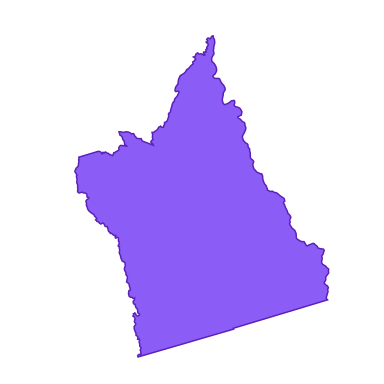 the district of Rondolândia, Mato Grosso, Brazil, rotated 343°
{"feature_id": "56859067B82212830929298", "entity_name": "Rondolândia", "entity_type": "district", "adm_level": 2, "iso_a3": "BRA", "parent_name": "Brazil", "parent_adm1": "Mato Grosso", "projection": "natural_earth1", "projection_center": [-60.996, -10.314], "detail": "fine", "context": "isolated", "style": "filled", "palette": "violet", "viewbox_px": 384, "rotation_deg": 343, "n_neighbors": 0, "source": "geoboundaries", "source_scale": "gbopen_adm2", "svg_char_len": 5982}
<svg xmlns="http://www.w3.org/2000/svg" viewBox="0 0 384 384"><g transform="rotate(343 192 192)"><path d="M191.8,335.3L191.8,334.4L290.1,334.8L289.3,333.0L289.6,332.1L292.9,327.1L293.2,325.7L293.2,324.9L293.5,324.2L294.2,323.8L294.5,323.1L293.8,320.9L293.0,320.5L291.7,317.5L293.9,315.6L294.6,314.2L294.6,313.4L295.5,312.0L298.9,309.5L299.2,308.9L299.3,307.6L300.1,305.9L299.9,305.1L299.2,304.4L298.0,301.7L295.8,299.5L295.3,297.9L295.8,295.8L296.5,295.0L297.3,292.9L297.3,291.1L299.1,289.9L300.1,288.5L300.4,287.6L301.3,286.9L301.1,285.1L298.3,283.8L296.0,282.3L295.8,280.4L294.7,279.0L293.7,277.0L292.8,276.5L287.7,276.9L286.7,277.3L285.7,276.6L284.7,272.3L281.7,271.1L278.6,267.5L278.4,266.8L278.6,265.3L279.4,262.3L279.1,258.9L277.1,255.7L275.9,251.1L276.1,250.5L276.9,250.0L277.4,247.0L277.7,246.5L278.9,245.6L279.2,244.8L278.8,242.8L277.6,240.5L277.5,238.0L276.8,233.5L276.8,231.6L276.3,229.0L277.1,228.2L278.0,227.9L278.2,227.0L278.2,225.1L274.6,220.6L273.6,218.7L272.4,217.4L270.4,216.3L269.3,214.9L268.6,214.6L267.3,214.6L264.7,212.2L264.9,210.8L264.7,207.4L263.9,205.9L263.5,203.9L263.5,200.0L264.2,197.4L264.1,195.4L263.8,194.9L263.1,194.8L259.8,191.9L258.0,187.8L258.0,184.6L258.3,183.1L259.6,181.6L259.9,180.9L259.9,180.3L258.9,178.5L258.1,177.5L257.9,176.0L259.2,171.5L259.2,169.3L259.7,167.9L259.6,167.2L258.8,165.5L259.3,163.4L259.1,162.4L258.7,161.7L257.7,160.8L256.2,157.7L256.2,154.3L256.8,153.0L259.3,150.7L261.8,147.6L262.3,146.0L262.1,143.7L262.6,141.8L262.4,140.9L260.7,139.2L259.4,136.3L257.8,134.7L257.6,133.9L257.9,133.4L261.6,132.9L263.2,129.9L262.6,126.7L262.1,125.8L260.7,124.4L258.8,123.3L257.7,121.9L257.8,120.9L258.8,119.6L259.1,118.7L259.3,117.3L258.9,116.6L256.2,116.4L252.9,117.7L249.2,118.1L248.3,117.5L247.9,116.6L247.6,114.7L248.1,112.1L250.0,108.8L250.9,106.4L253.5,104.1L254.0,102.4L253.9,101.5L253.5,99.4L252.0,95.9L251.5,92.1L251.0,91.4L249.4,90.7L247.6,90.3L246.7,89.7L245.9,88.3L245.8,87.4L247.0,86.5L248.6,85.9L250.6,83.8L251.3,82.3L251.6,79.7L251.1,76.6L250.1,74.2L249.1,72.8L249.9,69.8L251.2,68.3L253.3,66.5L253.6,65.6L253.8,62.9L254.9,60.8L255.1,59.9L257.4,56.0L258.0,52.9L257.6,50.6L258.0,49.0L257.4,48.7L256.7,48.8L255.5,49.6L255.0,50.6L254.5,50.9L252.4,49.4L251.4,49.8L250.6,50.5L251.2,51.8L251.0,52.5L250.4,53.0L249.9,52.7L249.4,52.7L249.5,53.5L250.3,54.4L250.7,55.2L250.5,56.1L248.5,57.9L248.1,58.8L248.3,59.4L246.8,59.9L246.8,61.5L246.2,61.7L246.0,62.4L245.1,62.1L244.3,61.5L243.7,62.2L244.4,64.3L244.2,64.9L243.3,64.7L241.8,62.9L241.2,62.5L239.0,62.2L238.5,61.0L237.8,60.6L235.9,61.4L235.2,62.6L234.5,63.2L232.8,63.3L234.4,65.3L234.3,66.0L233.9,66.5L233.1,66.6L232.7,67.3L231.0,67.7L230.5,68.4L230.7,69.8L228.3,70.7L224.8,72.9L222.5,73.5L221.4,74.9L219.3,76.1L214.8,77.3L214.2,77.8L213.5,79.0L212.8,79.3L211.2,82.0L210.9,83.3L210.4,83.8L209.8,85.0L209.3,85.4L208.6,85.5L207.5,86.6L206.7,87.4L205.5,89.7L205.4,90.5L205.8,91.2L206.6,91.4L208.3,91.5L208.8,92.1L208.7,92.9L205.5,96.3L203.2,97.5L202.1,98.8L201.6,100.2L200.2,100.6L199.5,101.6L198.7,102.3L198.1,103.6L195.5,107.5L195.2,108.5L194.4,109.3L192.5,110.1L191.7,113.1L189.9,115.6L188.7,116.9L188.1,117.3L186.2,117.4L185.7,118.2L185.5,119.4L184.3,120.4L183.5,121.8L182.0,121.3L181.2,119.8L180.2,120.2L179.0,120.3L178.3,121.3L175.8,122.9L174.3,123.1L172.9,123.8L171.2,123.3L171.1,125.6L170.1,128.1L170.0,130.5L168.5,130.9L167.6,131.5L167.2,132.5L168.5,134.5L168.7,136.0L159.6,128.9L159.2,128.3L159.1,126.2L155.8,125.0L154.9,124.4L154.4,123.6L154.3,122.6L153.6,121.6L153.3,119.2L152.8,118.9L151.2,118.8L149.6,116.7L148.0,115.7L146.3,115.1L143.5,114.9L142.1,113.9L139.8,113.0L139.7,116.5L140.9,117.9L141.3,118.9L141.2,121.5L142.0,123.6L141.5,127.4L142.7,128.3L142.9,128.9L137.6,126.6L136.7,126.8L136.0,127.2L134.9,128.3L134.5,130.0L134.0,130.6L130.4,131.4L129.7,131.9L128.7,131.5L128.3,132.2L127.8,132.6L127.3,133.6L126.7,133.9L125.5,133.0L125.1,132.5L124.3,132.1L123.1,130.4L122.3,130.2L121.1,128.5L120.2,128.7L119.8,128.5L119.2,129.0L118.7,128.2L118.2,128.0L117.2,129.2L116.7,128.6L116.5,127.3L115.5,126.2L114.4,125.7L93.9,125.6L93.6,127.4L92.9,128.2L92.9,129.5L91.7,131.7L90.9,133.9L88.1,135.4L86.8,136.9L85.9,138.4L86.9,141.6L86.9,142.3L86.2,142.8L85.8,144.8L86.0,145.6L84.6,149.1L84.5,150.3L84.8,151.2L84.4,153.1L83.8,154.4L83.8,156.0L83.0,157.1L82.7,158.4L83.6,159.9L86.9,160.1L88.0,161.2L90.0,162.0L90.6,163.1L90.7,164.1L90.2,165.7L90.3,166.3L91.6,167.3L90.3,168.4L89.3,168.5L87.9,169.6L87.8,171.9L87.2,173.6L87.2,175.4L87.5,176.2L87.2,177.8L88.1,180.4L89.9,183.0L91.3,184.6L91.7,185.6L91.8,186.6L93.2,189.3L92.9,189.8L91.6,190.4L92.3,191.4L92.4,192.2L93.8,193.2L94.4,194.8L95.1,195.7L95.7,196.0L97.5,195.5L98.2,196.1L98.5,196.7L98.9,199.4L99.8,200.1L100.9,200.3L100.7,205.2L101.6,206.7L101.8,207.8L103.1,208.0L104.0,209.9L104.9,210.7L106.3,211.3L105.4,212.3L105.3,213.5L105.8,213.9L107.0,213.3L107.8,213.7L108.1,214.6L107.3,217.5L107.7,218.0L107.2,220.3L105.8,221.6L105.7,222.5L106.6,223.0L106.0,224.5L106.0,225.7L105.4,227.5L104.7,228.6L104.7,230.3L105.0,231.4L104.7,234.7L105.1,237.7L107.3,239.8L106.6,243.2L105.6,244.3L104.8,245.8L104.7,247.4L105.3,250.4L104.6,251.5L105.4,253.7L105.3,254.8L103.1,258.9L103.6,259.3L105.0,261.9L104.5,263.4L104.7,264.4L104.5,267.0L104.4,267.6L103.9,268.0L103.0,267.8L102.4,268.6L101.5,270.8L101.4,273.3L102.3,274.6L103.9,275.3L104.6,276.5L105.3,276.7L106.1,276.5L105.5,278.2L103.7,279.4L103.4,281.4L103.7,282.2L104.6,282.6L104.7,283.7L104.5,284.9L104.7,286.4L105.4,287.4L105.4,288.9L104.9,291.8L105.7,292.9L105.9,294.2L103.8,294.8L103.1,294.3L102.7,293.8L102.4,291.4L101.8,290.9L101.1,291.3L100.3,291.4L100.3,292.3L99.2,293.4L100.0,294.2L100.6,296.4L99.3,298.4L99.0,299.5L99.6,301.7L99.2,302.6L97.3,303.7L96.7,306.4L97.1,311.3L96.5,312.8L97.6,313.9L97.8,314.6L97.6,315.5L96.9,316.8L97.6,317.3L98.6,317.2L98.6,318.2L97.5,320.1L97.6,321.6L97.0,324.3L97.7,326.1L97.4,326.9L96.7,327.3L96.2,328.1L96.4,329.2L95.7,332.5L94.1,331.8L92.8,332.2L92.2,332.7L92.2,334.0L191.8,335.3Z" fill="#8b5cf6" stroke="#5b21b6" stroke-width="1.5"/></g></svg>